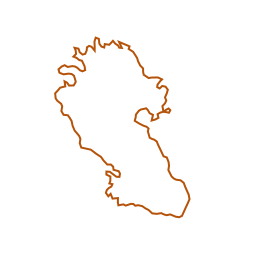 outline of Bom Sucesso do Sul, Paraná, Brazil, rotated 28°
{"feature_id": "56859067B68315991379649", "entity_name": "Bom Sucesso do Sul", "entity_type": "district", "adm_level": 2, "iso_a3": "BRA", "parent_name": "Brazil", "parent_adm1": "Paraná", "projection": "mercator", "projection_center": [-52.844, -26.085], "detail": "fine", "context": "isolated", "style": "outline", "palette": "amber", "viewbox_px": 256, "rotation_deg": 28, "n_neighbors": 0, "source": "geoboundaries", "source_scale": "gbopen_adm2", "svg_char_len": 2401}
<svg xmlns="http://www.w3.org/2000/svg" viewBox="0 0 256 256"><g transform="rotate(28 128 128)"><path d="M151.7,97.0L148.1,92.5L149.1,88.9L148.9,85.8L146.3,83.6L146.0,79.3L145.2,75.5L141.8,73.9L138.5,74.8L137.4,78.2L134.6,78.2L133.7,75.8L134.4,71.7L135.2,69.1L130.7,69.3L124.8,72.6L122.8,74.2L116.9,73.6L115.1,71.5L113.3,68.3L109.4,67.1L105.4,64.2L103.3,62.0L100.7,60.5L96.7,58.3L91.5,57.9L91.0,55.2L79.7,56.2L82.5,58.3L85.0,60.2L82.5,61.2L80.5,59.8L77.1,59.5L73.8,58.1L72.4,63.3L68.1,64.8L69.2,68.1L66.4,68.6L63.2,67.1L60.4,63.0L57.1,63.4L57.8,67.4L60.5,72.0L62.2,75.3L57.7,73.4L55.1,73.8L53.9,76.0L55.1,78.9L55.4,82.6L53.4,84.5L49.8,83.8L47.0,81.2L43.2,82.3L45.3,84.0L47.4,87.0L46.3,90.6L49.7,90.2L53.0,90.9L55.7,90.2L58.7,92.4L60.7,93.9L63.0,97.0L61.2,99.3L58.6,99.6L54.8,98.6L52.3,98.6L49.8,99.5L46.1,102.4L42.6,102.3L40.6,104.8L39.1,108.8L41.5,111.4L45.8,110.9L50.0,107.9L52.9,106.8L55.7,107.2L58.1,109.5L60.2,111.8L60.1,115.9L56.1,118.2L52.9,116.6L50.1,116.6L53.1,120.7L49.2,124.2L48.3,128.3L47.4,131.6L50.3,135.9L53.0,137.2L57.6,138.0L59.8,139.8L61.2,144.3L64.9,146.6L68.9,145.0L71.6,146.3L74.9,148.3L78.1,152.1L82.1,155.3L88.6,157.9L91.1,160.0L92.5,164.0L95.9,167.2L105.3,164.6L112.2,165.7L117.7,166.2L121.9,168.3L126.9,170.0L130.0,168.3L133.0,169.1L134.9,171.7L140.0,170.5L142.3,172.0L143.4,175.2L140.6,176.5L132.5,175.2L129.4,176.6L130.8,179.3L135.2,179.1L137.2,182.9L137.6,185.7L140.6,184.9L140.8,187.5L139.2,190.1L138.4,192.8L139.0,195.7L142.7,197.5L143.6,194.3L147.5,197.6L152.0,194.6L153.9,198.3L155.8,200.8L159.8,197.6L162.4,197.6L166.2,193.6L168.4,192.6L170.9,193.2L173.2,191.4L177.3,190.3L181.3,190.8L184.4,190.7L189.5,192.0L193.7,190.3L197.3,187.6L200.5,187.4L203.0,186.9L205.8,184.5L211.8,183.9L215.0,182.8L216.9,180.3L216.6,175.1L216.3,170.5L216.1,166.3L215.7,161.9L212.9,158.4L209.6,155.8L205.9,152.9L203.0,150.3L199.0,149.5L194.9,151.0L192.3,151.1L189.2,150.3L183.4,146.2L181.9,142.0L179.8,139.0L176.1,135.8L172.7,136.3L164.9,130.5L162.3,128.6L159.7,126.4L156.6,126.0L154.2,126.4L151.7,126.4L147.1,121.6L146.4,118.8L143.8,118.2L140.6,118.7L136.3,118.8L130.6,118.5L129.7,114.8L128.7,112.4L129.5,107.7L130.7,105.6L133.0,103.7L134.8,102.1L137.2,102.9L140.2,104.8L143.9,104.7L145.4,110.3L148.2,107.6L150.1,104.7L147.6,101.9L149.3,99.2L151.7,97.0ZM151.7,97.0L154.7,95.9L157.0,95.3L157.0,92.4L154.7,91.7L153.2,93.8L151.7,97.0Z" fill="none" stroke="#b45309" stroke-width="2"/></g></svg>